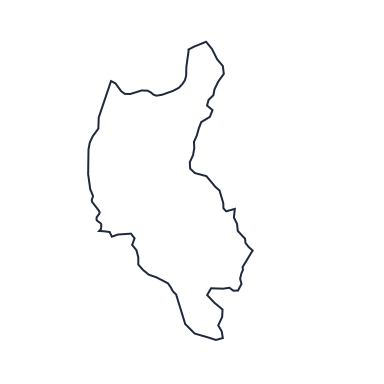 the border of Kyustendil, rotated 55°
{"feature_id": "BGR-2252", "entity_name": "Kyustendil", "entity_type": "Province", "adm_level": 1, "iso_a3": "BGR", "parent_name": "Bulgaria", "parent_adm1": "", "projection": "mercator", "projection_center": [22.877, 42.321], "detail": "fine", "context": "isolated", "style": "outline", "palette": "slate", "viewbox_px": 384, "rotation_deg": 55, "n_neighbors": 0, "source": "natural_earth", "source_scale": "10m", "svg_char_len": 1582}
<svg xmlns="http://www.w3.org/2000/svg" viewBox="0 0 384 384"><g transform="rotate(55 192 192)"><path d="M54.7,194.7L59.1,192.4L68.8,192.2L73.0,190.8L76.3,186.4L80.0,174.9L83.6,170.2L87.1,168.5L90.0,167.8L92.6,166.0L95.1,161.0L98.3,149.5L99.1,142.9L98.1,138.2L96.4,133.7L93.4,130.1L86.3,124.9L74.3,113.7L73.3,113.2L74.1,107.0L77.0,94.3L86.3,93.6L97.7,95.3L106.5,94.5L113.5,98.2L116.6,107.2L120.9,114.8L125.0,119.0L126.0,125.5L129.8,130.1L136.7,128.2L140.7,134.3L140.0,144.3L143.7,149.8L148.5,155.7L152.1,161.7L157.3,164.9L162.4,170.0L166.3,176.7L171.8,180.1L178.1,178.8L187.3,171.1L201.4,169.9L206.5,168.6L219.1,172.8L223.4,175.6L227.4,175.1L230.4,166.6L236.9,172.3L243.9,173.4L250.1,176.8L256.5,176.0L260.6,175.3L264.4,177.4L269.8,177.1L274.7,175.9L282.5,193.6L285.1,195.0L286.9,198.1L290.6,202.3L295.7,204.2L299.1,210.8L296.6,214.7L291.9,216.3L289.1,221.9L281.8,231.6L285.1,238.7L295.5,237.2L305.8,234.4L311.7,239.0L316.3,247.0L323.2,247.6L329.3,250.5L326.9,257.3L320.9,261.8L309.5,271.0L296.3,273.3L266.9,263.8L262.5,264.6L258.0,264.1L253.0,264.1L241.5,270.1L235.0,274.8L227.9,276.8L220.6,277.6L214.6,273.4L207.7,270.9L201.0,271.4L197.0,265.6L191.1,265.9L184.4,277.0L182.6,283.3L177.6,282.4L173.7,286.6L170.7,290.4L170.3,288.2L169.0,286.7L166.4,284.9L165.1,284.8L161.5,286.1L159.9,286.1L158.1,284.7L157.3,282.6L156.7,280.5L155.7,279.3L153.3,279.0L142.8,279.5L141.2,278.9L140.2,277.6L139.3,276.2L138.3,275.3L131.4,273.8L120.1,268.0L117.9,266.9L97.8,252.4L93.0,247.5L92.2,246.2L89.4,241.3L86.3,232.3L77.5,225.7L54.7,194.7Z" fill="none" stroke="#1e293b" stroke-width="2"/></g></svg>